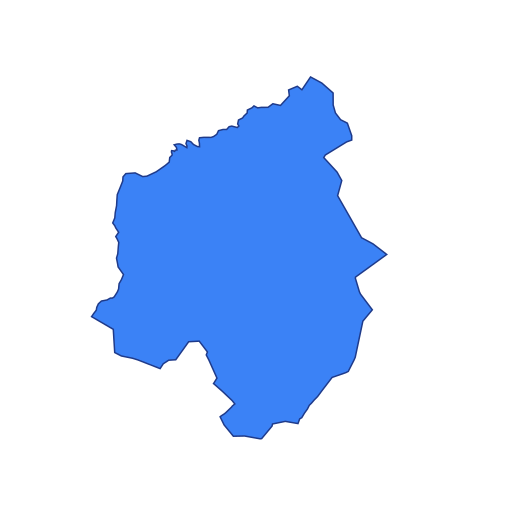 Ibarapa North, Oyo, Nigeria (Albers equal-area conic projection), rotated 46°
{"feature_id": "59680162B62922932811240", "entity_name": "Ibarapa North", "entity_type": "district", "adm_level": 2, "iso_a3": "NGA", "parent_name": "Nigeria", "parent_adm1": "Oyo", "projection": "albers", "projection_center": [3.131, 7.658], "detail": "fine", "context": "isolated", "style": "filled", "palette": "blue", "viewbox_px": 512, "rotation_deg": 46, "n_neighbors": 0, "source": "geoboundaries", "source_scale": "gbopen_adm2", "svg_char_len": 2456}
<svg xmlns="http://www.w3.org/2000/svg" viewBox="0 0 512 512"><g transform="rotate(46 256 256)"><path d="M152.7,149.0L150.6,151.9L148.5,152.6L146.6,153.2L146.6,156.0L145.0,160.8L147.0,163.0L146.9,167.2L147.4,169.8L146.0,174.1L148.3,177.5L150.6,178.0L150.6,180.2L145.7,183.2L144.3,185.5L144.6,189.2L142.1,191.8L139.8,195.9L141.2,199.7L140.6,203.5L139.5,205.9L134.4,211.1L131.7,214.5L133.0,216.7L135.5,218.3L138.2,220.7L136.6,222.1L132.4,223.5L128.5,223.5L124.9,225.3L126.5,228.3L128.9,229.2L130.0,230.5L124.2,232.1L122.3,233.1L120.7,234.9L119.2,237.6L122.6,237.8L124.8,239.2L123.8,240.5L124.2,241.9L122.9,242.4L121.6,243.5L122.4,244.6L124.4,245.5L125.2,246.5L125.2,249.6L128.2,253.2L127.8,258.7L126.1,269.3L122.8,279.0L120.2,282.3L112.3,285.2L106.3,292.4L106.7,296.7L109.5,299.8L112.5,306.4L115.5,313.2L119.1,317.2L123.0,321.4L127.0,327.1L130.5,331.1L132.7,336.1L135.5,336.5L135.9,336.5L138.5,337.4L143.5,338.3L144.6,343.4L146.8,343.9L150.9,345.3L153.5,348.4L158.4,353.9L160.6,357.8L165.5,361.0L168.1,362.8L177.3,364.2L178.4,366.7L179.5,369.2L180.8,373.7L184.3,377.8L185.6,380.9L186.9,386.4L186.5,388.6L185.1,390.0L184.5,392.3L184.2,393.6L181.0,398.5L180.9,402.6L182.3,406.2L184.0,408.5L184.7,413.1L184.9,413.9L185.4,416.4L209.6,409.6L227.3,424.7L234.1,422.4L234.4,422.3L243.7,415.9L248.6,413.2L270.4,403.2L269.1,397.6L270.3,391.2L274.9,385.8L270.9,364.0L277.8,356.0L291.3,357.6L292.6,360.5L298.2,362.2L316.7,368.9L318.3,375.2L318.7,375.1L330.0,374.2L343.2,373.6L347.7,374.0L347.6,374.7L347.6,375.5L347.6,376.0L347.5,376.7L347.5,377.6L347.7,378.3L347.7,378.9L347.7,379.6L347.7,380.5L347.7,381.6L347.7,383.4L347.7,384.5L347.7,385.7L347.7,386.9L347.5,388.7L347.2,390.2L347.0,391.3L346.8,392.4L346.7,393.5L355.4,396.3L369.9,397.5L377.5,389.3L390.4,380.0L391.3,378.8L389.5,362.6L388.3,360.8L395.3,349.8L405.7,342.2L403.5,337.7L404.1,335.4L402.7,330.3L401.8,325.3L400.4,321.3L400.4,318.4L400.0,314.1L399.9,309.4L399.6,307.6L398.7,302.2L396.2,285.6L402.3,272.4L403.1,269.8L399.0,257.9L397.8,255.0L377.1,224.4L375.5,209.7L356.0,207.3L353.6,206.5L340.9,199.9L340.3,199.0L345.7,160.9L328.6,163.4L316.2,167.4L294.8,161.9L269.3,155.4L261.3,141.9L252.0,139.4L232.3,138.9L231.5,136.0L236.9,111.5L239.1,106.6L236.0,103.6L223.9,98.0L216.7,100.5L215.3,100.3L208.3,99.5L201.0,95.6L192.3,87.3L177.4,88.5L165.1,92.4L168.3,107.5L162.6,108.4L159.2,117.2L163.9,120.7L164.7,133.8L158.2,138.1L157.4,144.1L152.7,149.0Z" fill="#3b82f6" stroke="#1e3a8a" stroke-width="1.5"/></g></svg>